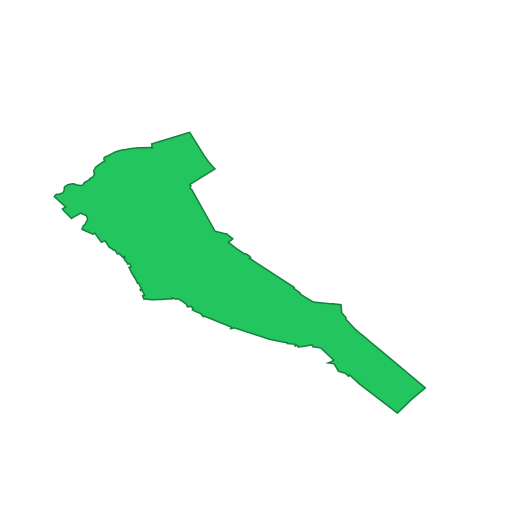 Beverwijk, Noord-Holland, Netherlands, rotated 204°
{"feature_id": "6326949B38309574133073", "entity_name": "Beverwijk", "entity_type": "district", "adm_level": 2, "iso_a3": "NLD", "parent_name": "Netherlands", "parent_adm1": "Noord-Holland", "projection": "equal_earth", "projection_center": [4.669, 52.479], "detail": "fine", "context": "isolated", "style": "filled", "palette": "green", "viewbox_px": 512, "rotation_deg": 204, "n_neighbors": 0, "source": "geoboundaries", "source_scale": "gbopen_adm2", "svg_char_len": 5722}
<svg xmlns="http://www.w3.org/2000/svg" viewBox="0 0 512 512"><g transform="rotate(204 256 256)"><path d="M366.9,342.0L369.7,339.6L396.9,316.0L396.0,314.8L395.8,313.5L395.1,313.1L394.6,312.4L395.1,312.2L395.9,312.1L396.6,312.0L397.1,311.9L407.6,306.9L409.0,306.2L411.0,305.0L413.7,303.4L419.1,299.8L421.6,298.3L422.5,297.6L425.0,295.5L425.8,294.7L426.9,293.8L428.5,291.8L429.0,291.1L431.2,288.4L431.8,287.5L433.6,285.7L434.4,284.6L434.6,284.4L434.7,284.1L434.7,283.9L434.7,283.7L434.4,282.9L434.2,282.6L434.0,282.3L433.3,281.2L433.2,281.0L432.9,281.0L433.8,279.7L434.1,279.4L434.7,279.0L434.8,278.9L434.9,278.5L435.1,278.1L435.2,277.7L435.7,276.9L436.9,275.0L437.3,274.2L438.0,272.9L438.2,272.5L438.5,272.1L438.7,271.7L438.7,271.3L438.6,270.8L438.6,270.6L438.9,269.1L438.9,268.7L438.5,267.2L438.3,266.8L438.0,266.3L437.7,265.9L437.0,265.3L436.8,265.0L436.8,264.9L436.7,264.8L436.8,264.7L436.9,264.1L437.1,263.0L437.1,262.4L437.1,262.1L437.2,261.9L437.3,261.7L438.3,260.6L439.2,259.2L439.2,258.4L439.4,257.7L439.5,257.6L440.0,257.2L440.2,256.3L440.3,256.2L442.1,254.3L442.4,253.9L442.6,253.5L442.7,252.8L442.9,252.1L442.9,251.0L442.9,250.7L443.0,250.6L443.5,250.0L444.2,249.4L444.6,249.2L445.0,249.0L447.0,248.5L447.6,248.3L448.0,248.2L448.7,247.9L448.8,247.9L449.0,247.9L449.2,248.0L450.0,248.0L451.7,247.8L452.2,247.7L452.5,247.6L453.6,247.0L456.9,244.6L457.1,244.4L457.2,244.2L457.7,243.1L458.5,242.3L458.7,241.9L459.0,241.0L459.0,240.6L458.8,240.2L458.7,239.7L458.5,239.3L458.1,238.6L458.0,237.7L458.0,237.3L458.0,236.8L458.1,235.5L458.1,235.3L458.2,235.0L458.4,234.7L458.8,234.4L459.2,234.1L459.5,233.9L460.2,233.3L460.8,232.7L461.0,232.4L461.5,232.0L462.0,231.7L462.9,231.5L463.2,231.4L463.4,231.2L463.6,230.8L463.9,230.1L464.2,229.5L464.3,228.6L464.3,228.1L464.2,228.1L463.6,227.9L462.7,227.7L457.2,225.8L454.6,225.0L453.9,224.7L452.0,224.1L451.3,223.8L450.9,223.7L450.0,223.5L449.8,223.5L452.0,220.3L451.8,219.9L442.8,216.4L439.9,215.2L439.5,215.8L438.6,217.0L438.5,217.4L434.7,222.3L433.8,223.7L433.7,223.9L432.9,223.9L432.3,223.8L431.2,223.7L430.7,223.7L428.8,223.9L428.3,223.9L428.2,223.9L427.6,224.2L426.9,223.4L426.2,222.7L425.7,222.2L425.0,221.3L424.8,220.8L424.8,220.5L424.8,220.0L424.7,219.1L424.9,218.5L425.0,218.2L425.0,217.3L425.0,216.0L425.0,215.7L425.2,215.0L426.1,213.3L426.1,213.1L425.9,212.3L426.0,211.3L426.0,210.3L425.9,210.2L425.6,210.1L425.1,210.1L425.4,209.5L413.9,209.6L413.5,209.7L412.6,211.4L402.9,205.7L400.1,208.4L397.3,206.7L397.2,206.6L393.6,204.3L393.5,204.5L393.4,204.5L392.4,204.2L391.0,204.1L390.5,203.9L389.7,203.6L388.8,203.4L388.0,204.1L387.6,203.7L387.4,203.7L387.1,203.6L386.7,203.7L386.0,203.2L385.8,203.1L385.5,202.8L385.4,202.8L383.5,201.4L381.8,202.8L380.4,201.8L380.1,202.1L379.7,201.8L377.9,200.8L376.7,201.8L376.6,201.7L376.1,202.1L375.1,201.3L376.2,200.4L373.1,198.2L372.9,198.3L372.7,198.4L372.5,198.5L369.8,196.4L368.4,197.6L367.4,196.9L365.6,195.4L367.5,193.9L366.8,193.5L365.0,192.2L365.1,191.9L362.7,190.2L362.8,190.1L361.0,188.8L359.8,187.9L359.8,188.0L358.9,187.4L358.8,187.6L358.4,187.3L358.5,187.2L357.8,186.8L357.9,186.7L357.7,186.5L356.2,185.6L355.6,185.0L354.5,184.1L354.4,184.0L353.1,182.9L352.3,183.5L347.1,179.2L348.2,178.3L347.3,177.4L346.1,178.2L345.9,178.2L343.1,175.9L342.9,175.9L341.7,174.8L343.4,173.8L342.6,173.1L342.8,172.9L341.0,171.1L338.8,171.9L338.7,172.0L335.3,173.0L333.6,173.6L332.3,174.1L331.0,174.7L328.2,176.2L327.1,176.7L325.9,177.2L324.3,178.0L323.5,178.4L323.5,178.5L322.6,179.0L322.4,179.0L321.8,179.4L321.7,179.5L321.3,179.7L320.4,180.2L320.0,180.4L319.9,180.4L319.7,180.5L316.6,182.1L316.3,182.2L316.2,182.3L315.3,182.5L315.7,183.6L314.8,183.7L312.1,183.9L311.5,184.3L311.4,184.3L311.3,184.2L310.7,184.6L309.8,185.1L309.6,185.2L309.4,185.2L303.0,184.4L302.5,184.0L302.2,184.2L301.8,184.1L300.1,183.5L298.3,182.6L298.5,182.1L297.6,181.7L295.1,183.4L294.0,183.2L294.0,183.5L293.0,182.6L291.9,182.3L292.2,180.9L286.3,180.7L286.0,180.9L283.5,180.9L283.0,181.0L282.6,180.5L279.4,179.1L279.1,180.0L267.5,180.4L258.5,180.7L258.5,180.8L249.7,181.0L249.7,179.3L249.2,179.5L246.4,181.6L209.7,185.4L198.7,187.8L194.6,188.9L192.2,189.5L191.9,188.7L185.1,191.1L183.7,189.7L183.4,189.7L183.3,189.8L183.2,190.2L183.1,190.6L182.9,190.8L182.5,191.1L182.3,191.2L182.2,191.1L180.5,190.0L175.8,192.7L168.7,197.6L167.2,196.2L165.3,196.7L165.3,196.8L159.4,198.3L142.7,192.5L143.6,191.1L144.0,190.5L144.5,189.8L145.0,189.2L146.1,188.2L146.4,187.9L146.6,187.7L142.8,188.7L140.8,189.3L133.7,184.2L126.4,185.2L122.9,183.9L122.3,183.9L122.3,185.5L109.4,181.1L62.9,170.0L55.4,188.6L47.7,204.4L97.3,218.6L99.4,219.2L114.5,223.4L126.8,227.0L127.9,227.2L130.8,228.0L135.0,229.3L136.3,229.7L137.4,230.2L138.1,230.5L148.2,234.8L148.7,236.2L149.4,236.6L154.7,239.1L158.3,245.8L158.4,246.0L158.6,246.0L159.0,246.0L166.0,243.7L166.1,243.8L167.0,243.4L167.1,243.1L183.6,237.7L185.0,237.3L186.6,237.4L188.4,237.7L189.8,237.8L193.8,238.3L200.2,239.3L200.2,239.6L200.4,239.9L200.8,240.2L201.1,240.3L203.0,240.7L208.1,241.8L208.3,241.9L208.4,242.1L208.5,242.4L208.4,242.9L230.3,246.3L256.4,250.5L257.7,250.8L258.0,251.0L261.0,250.9L260.4,252.1L260.7,252.1L260.9,252.1L261.1,252.2L261.1,252.3L261.1,252.7L261.2,253.1L265.9,253.9L266.7,253.6L266.9,253.5L267.1,253.3L267.1,253.2L275.2,254.5L279.7,255.5L284.7,256.8L286.8,257.3L285.6,259.4L285.0,260.4L284.6,261.5L284.2,262.3L291.7,264.2L291.7,264.3L293.1,263.9L294.3,263.6L302.9,262.1L303.6,262.0L310.3,267.1L321.9,275.7L326.4,279.1L328.0,280.3L341.9,290.7L343.5,290.9L343.9,291.3L344.0,291.6L344.0,292.1L344.0,292.5L343.9,292.9L343.8,293.4L344.2,293.7L345.6,294.3L328.9,318.9L331.7,320.0L334.7,321.4L337.9,322.9L339.4,323.8L342.5,325.6L344.9,327.1L366.9,342.0Z" fill="#22c55e" stroke="#15803d" stroke-width="1.5"/></g></svg>